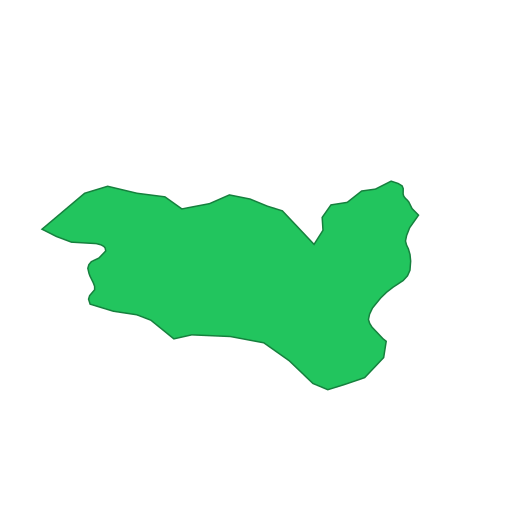 SVG path tracing the border of Dalaba, rotated 48°
{"feature_id": "GIN-5633", "entity_name": "Dalaba", "entity_type": "Prefecture", "adm_level": 1, "iso_a3": "GIN", "parent_name": "Guinea", "parent_adm1": "", "projection": "albers", "projection_center": [-12.181, 10.899], "detail": "fine", "context": "isolated", "style": "filled", "palette": "green", "viewbox_px": 512, "rotation_deg": 48, "n_neighbors": 0, "source": "natural_earth", "source_scale": "10m", "svg_char_len": 1152}
<svg xmlns="http://www.w3.org/2000/svg" viewBox="0 0 512 512"><g transform="rotate(48 256 256)"><path d="M334.4,107.9L337.8,122.9L341.5,130.3L344.9,134.9L348.6,136.8L352.7,138.0L358.0,140.6L363.3,144.5L369.6,151.1L372.1,156.7L372.7,163.1L370.9,174.9L370.3,183.2L370.6,191.3L372.6,204.2L375.2,210.5L378.4,214.9L382.1,216.6L386.4,217.4L402.5,217.0L406.5,216.3L416.9,229.1L419.1,256.6L411.3,274.9L403.4,292.1L388.8,299.0L356.1,301.4L325.7,308.3L298.7,328.9L271.6,356.5L262.6,372.5L233.3,377.1L219.8,384.0L201.7,398.9L180.8,411.5L176.0,409.3L174.1,406.1L173.1,398.5L170.5,396.2L166.9,394.8L159.8,392.8L157.1,391.7L152.6,389.2L150.6,386.0L150.0,382.1L152.4,374.1L151.7,364.3L149.0,362.7L147.1,362.7L144.2,363.6L139.9,366.4L122.2,383.9L107.9,391.3L92.9,397.1L94.7,341.4L104.9,319.6L129.7,302.5L151.1,284.1L171.4,279.6L186.0,255.5L192.8,234.9L209.7,222.3L226.6,214.2L240.1,206.2L286.2,205.1L281.7,189.0L271.6,181.0L268.2,166.1L277.2,152.3L278.4,134.0L286.2,122.5L290.8,105.5L297.3,101.8L301.7,100.5L304.4,101.5L308.4,105.2L310.5,106.2L313.1,106.4L315.7,106.2L318.1,106.3L325.2,108.3L334.4,107.9Z" fill="#22c55e" stroke="#15803d" stroke-width="1.5"/></g></svg>